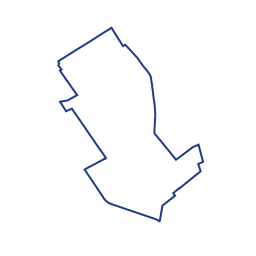 Tudor Vladimirescu, Braila, Romania (orthographic projection), rotated 65°
{"feature_id": "2599482B82586495154096", "entity_name": "Tudor Vladimirescu", "entity_type": "district", "adm_level": 2, "iso_a3": "ROU", "parent_name": "Romania", "parent_adm1": "Braila", "projection": "orthographic", "projection_center": [27.76, 45.232], "detail": "fine", "context": "isolated", "style": "outline", "palette": "blue", "viewbox_px": 256, "rotation_deg": 65, "n_neighbors": 0, "source": "geoboundaries", "source_scale": "gbopen_adm2", "svg_char_len": 1967}
<svg xmlns="http://www.w3.org/2000/svg" viewBox="0 0 256 256"><g transform="rotate(65 128 128)"><path d="M40.1,163.1L40.6,163.5L41.7,164.5L42.5,164.4L43.0,164.4L46.9,163.6L47.1,165.4L52.1,164.6L60.1,163.2L76.7,160.2L77.2,167.6L77.5,171.0L75.5,178.5L86.7,177.0L86.6,175.3L86.8,170.7L88.3,170.5L92.6,169.7L100.7,168.3L117.2,165.6L132.8,163.0L140.8,161.5L145.9,160.7L145.9,161.1L145.9,161.3L145.9,162.2L146.2,162.2L146.1,162.5L146.2,164.5L146.2,165.5L146.3,167.1L146.4,168.7L146.8,176.2L147.1,183.3L147.3,184.9L154.3,183.8L157.2,183.3L159.2,183.0L167.5,181.7L182.1,179.5L183.6,179.1L184.7,178.8L185.7,178.3L187.0,177.6L188.2,176.8L189.2,176.0L190.4,174.7L201.0,163.7L218.3,145.6L222.6,141.2L223.4,140.5L224.1,140.0L225.8,138.9L225.5,138.3L224.8,137.8L223.3,136.8L220.1,134.6L217.0,132.4L216.9,132.4L213.0,129.7L212.9,129.5L211.4,123.1L210.3,118.5L209.2,113.9L207.6,114.3L207.1,114.4L206.3,114.6L206.2,114.6L204.5,108.3L204.2,107.0L204.6,106.7L204.3,106.2L202.2,97.7L200.1,89.3L198.2,81.7L197.9,80.4L195.8,80.2L194.0,80.0L190.9,79.6L190.2,79.5L190.2,79.3L190.3,77.9L190.4,74.3L182.9,72.9L182.7,72.9L172.9,71.1L172.9,73.3L172.7,77.0L175.2,89.0L175.5,90.1L177.0,97.9L164.1,101.1L144.3,106.2L143.6,106.2L140.3,104.5L138.2,103.3L137.7,103.1L136.0,102.2L134.2,101.2L133.6,100.9L132.6,100.4L132.1,100.1L129.3,98.6L128.5,98.2L127.9,97.8L119.4,94.5L111.7,92.1L109.8,91.5L107.2,90.6L104.5,89.8L99.4,88.1L95.5,87.0L93.5,86.4L92.5,86.1L91.4,85.8L89.8,85.6L89.3,85.6L83.2,86.7L79.9,87.7L75.5,88.6L67.9,90.0L67.5,90.1L65.9,90.7L62.8,91.6L60.0,92.5L57.2,93.4L53.8,94.5L51.8,95.1L51.4,95.3L51.5,96.6L51.7,97.9L47.1,98.5L42.4,99.1L35.2,100.0L30.4,100.6L30.2,100.6L30.4,101.9L30.5,103.2L30.6,103.4L30.7,103.7L30.8,103.9L30.9,104.2L30.8,104.5L30.7,104.9L30.8,105.1L30.9,106.2L31.5,111.1L32.2,116.9L32.4,117.5L33.2,123.6L35.4,142.2L35.4,142.5L35.7,144.5L36.0,146.9L37.2,156.2L38.0,163.0L38.7,163.1L39.7,163.1L40.1,163.1L40.1,163.1Z" fill="none" stroke="#1e3a8a" stroke-width="2"/></g></svg>